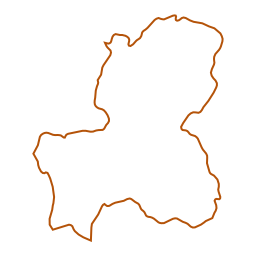 map outline of Gifu (Natural Earth projection)
{"feature_id": "JPN-1841", "entity_name": "Gifu", "entity_type": "Prefecture", "adm_level": 1, "iso_a3": "JPN", "parent_name": "Japan", "parent_adm1": "", "projection": "natural_earth1", "projection_center": [137.038, 35.796], "detail": "fine", "context": "isolated", "style": "outline", "palette": "amber", "viewbox_px": 256, "rotation_deg": 0, "n_neighbors": 0, "source": "natural_earth", "source_scale": "10m", "svg_char_len": 3018}
<svg xmlns="http://www.w3.org/2000/svg" viewBox="0 0 256 256"><path d="M174.5,15.4L175.7,15.6L176.1,16.7L175.8,17.9L175.7,19.0L175.9,20.0L177.1,20.7L178.8,20.3L180.3,19.3L181.7,18.1L183.5,17.5L185.7,18.0L190.0,20.4L193.6,21.8L202.3,23.3L209.0,26.4L214.4,28.3L220.4,33.4L221.8,36.2L222.6,38.9L222.4,41.4L220.9,46.4L220.1,48.2L219.0,49.9L215.4,54.0L214.2,56.8L214.0,58.9L214.1,60.4L214.4,62.7L214.0,64.5L211.9,69.1L210.9,72.7L211.7,75.7L213.5,78.4L215.5,80.5L216.9,83.2L216.9,85.4L216.2,87.5L213.6,92.7L208.3,101.0L203.4,107.2L201.9,110.0L200.4,111.9L198.5,112.8L195.6,112.4L193.2,112.3L190.7,113.4L188.4,115.4L183.2,123.0L181.1,126.9L181.5,128.9L182.5,130.0L185.8,130.4L187.4,131.1L188.6,132.4L189.6,133.8L191.1,134.8L195.0,136.0L196.5,137.1L197.8,138.6L201.7,147.5L202.9,149.6L206.1,153.5L207.1,155.6L207.2,157.7L207.0,163.2L209.5,171.9L210.0,172.9L210.4,173.4L211.1,174.0L214.0,175.6L217.4,179.5L218.8,183.9L218.8,186.7L218.2,189.6L218.6,191.7L220.3,196.9L220.1,198.5L219.2,199.2L216.2,198.9L215.2,199.5L214.6,200.8L216.2,205.2L216.5,208.1L215.7,210.7L214.5,212.7L212.3,218.1L205.7,221.1L204.3,222.3L201.0,224.6L194.9,227.4L192.8,227.5L190.7,226.6L187.6,223.8L185.6,222.8L182.8,221.8L177.0,218.5L175.1,218.3L172.9,218.8L164.0,223.1L161.3,223.2L159.7,222.9L158.4,222.3L154.0,218.7L152.2,217.7L150.5,217.1L148.3,216.8L147.2,216.4L146.1,215.6L144.5,212.3L143.3,211.0L142.0,210.0L141.3,209.3L140.8,208.5L139.9,206.3L139.2,204.8L138.1,203.6L135.2,202.0L131.4,199.1L129.8,198.5L127.9,198.9L126.9,199.2L123.8,200.8L115.3,202.7L112.5,203.9L109.4,205.8L108.2,206.0L107.1,206.0L105.3,204.8L104.5,204.0L103.1,204.8L102.0,206.3L98.2,214.5L91.9,223.9L91.4,227.5L90.9,240.6L83.3,237.3L78.6,234.5L74.9,231.2L73.7,229.4L72.3,226.2L70.8,225.1L69.0,224.7L52.8,229.7L49.7,224.7L49.6,218.8L52.2,209.8L52.8,205.5L53.4,203.2L54.1,197.0L52.7,186.8L50.2,178.5L48.7,175.1L47.5,172.9L45.8,172.4L44.5,173.2L42.8,173.0L41.0,171.5L39.0,167.7L38.2,165.0L37.8,161.5L33.4,153.7L37.9,145.2L39.9,136.8L41.1,135.0L42.7,133.8L44.5,133.0L46.3,132.7L48.3,133.0L53.0,134.8L55.2,135.1L57.3,135.0L59.1,135.1L60.8,135.4L63.7,137.5L64.8,137.6L65.5,136.1L66.4,134.7L68.1,133.8L82.6,130.8L85.7,130.8L90.4,131.7L93.0,131.6L96.1,130.5L98.5,130.1L102.7,129.9L104.2,128.7L106.2,125.0L108.0,123.0L109.0,121.0L108.9,118.6L107.6,115.3L105.7,112.3L103.9,110.3L102.2,109.3L98.6,108.3L97.1,107.4L95.8,106.2L94.9,104.6L94.6,102.6L94.7,100.5L95.2,97.6L95.8,90.5L97.0,86.2L97.9,84.1L98.2,82.6L97.7,80.1L101.1,74.7L102.3,67.6L103.5,65.2L110.3,55.2L111.0,52.6L110.5,50.5L107.5,47.5L106.5,46.1L105.0,42.8L108.3,43.6L109.5,43.3L110.7,42.4L111.3,40.9L111.8,38.9L112.6,36.6L113.8,35.0L115.6,34.1L119.9,35.0L122.3,35.0L125.5,35.8L127.4,36.9L128.7,38.2L129.2,39.6L129.2,40.9L128.4,44.2L128.9,45.6L130.5,46.0L133.1,44.3L136.1,40.9L137.0,40.1L138.6,39.1L140.0,38.1L141.2,36.2L141.7,34.5L142.1,32.7L142.7,31.7L143.8,30.7L145.5,29.6L147.5,27.9L154.6,20.0L156.5,18.7L158.6,18.0L160.6,18.8L162.2,19.2L164.0,19.4L172.8,15.7L174.5,15.4Z" fill="none" stroke="#b45309" stroke-width="2"/></svg>